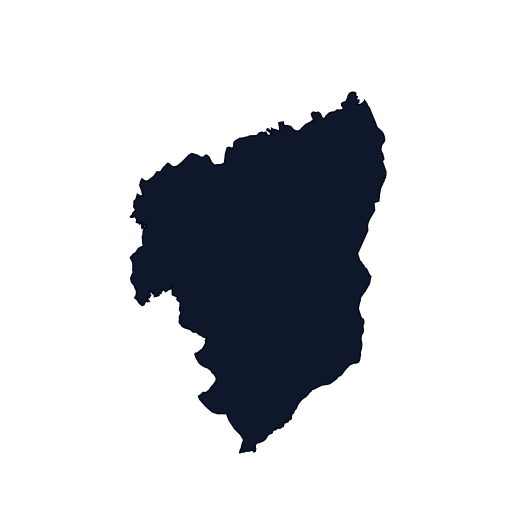 outline of Dalboset, Caras-Severin, Romania, rotated 22°
{"feature_id": "2599482B18493175131384", "entity_name": "Dalboset", "entity_type": "district", "adm_level": 2, "iso_a3": "ROU", "parent_name": "Romania", "parent_adm1": "Caras-Severin", "projection": "albers", "projection_center": [21.932, 44.818], "detail": "fine", "context": "isolated", "style": "filled", "palette": "ink", "viewbox_px": 512, "rotation_deg": 22, "n_neighbors": 0, "source": "geoboundaries", "source_scale": "gbopen_adm2", "svg_char_len": 6111}
<svg xmlns="http://www.w3.org/2000/svg" viewBox="0 0 512 512"><g transform="rotate(22 256 256)"><path d="M236.5,368.8L236.1,369.7L238.5,372.6L243.4,376.4L246.3,377.4L250.0,377.9L253.1,377.8L255.5,378.4L257.6,379.1L259.0,380.5L261.3,381.1L264.8,383.7L265.8,386.5L264.6,392.1L263.5,394.7L263.1,397.5L260.9,401.3L259.3,402.1L258.1,402.3L256.7,405.7L255.2,407.5L257.7,410.0L265.4,413.9L273.9,416.9L279.5,416.5L287.7,413.1L292.9,418.6L301.2,424.2L308.6,427.3L313.6,431.1L313.6,435.1L314.4,439.6L314.2,441.9L314.5,444.4L314.8,444.5L315.9,443.2L317.8,442.5L319.6,440.8L321.0,440.1L322.5,439.6L325.3,437.1L327.4,438.4L328.4,437.3L327.9,436.0L328.1,435.1L327.3,434.4L326.5,432.8L326.1,431.3L326.9,428.9L329.2,427.3L331.5,425.1L332.6,423.6L333.3,422.0L334.0,417.7L335.3,415.5L336.7,414.7L337.2,413.7L336.9,412.5L337.2,411.5L338.1,410.3L339.0,409.9L339.7,408.9L339.7,407.7L342.8,406.7L344.0,404.5L345.0,404.0L344.7,400.3L347.7,397.7L347.7,395.8L349.4,394.3L349.5,393.5L348.5,390.6L348.5,389.4L349.2,388.1L349.5,386.2L349.3,384.7L349.8,383.3L350.1,383.0L350.4,381.2L350.2,378.8L350.7,376.4L351.4,373.6L352.9,370.3L355.0,367.4L355.1,366.1L356.0,365.2L356.2,363.1L357.8,360.0L357.8,358.7L359.6,357.5L365.1,351.1L368.3,349.3L368.4,348.9L370.3,348.1L372.3,346.6L376.6,339.6L376.9,337.8L377.5,336.2L378.5,335.8L379.7,333.8L381.1,328.1L383.5,321.8L386.6,318.8L389.4,317.3L390.8,315.7L390.8,313.3L390.2,310.7L389.9,310.2L390.0,308.9L388.6,306.4L388.4,303.6L387.8,300.4L387.0,298.0L384.6,294.2L383.8,292.2L383.3,289.6L383.8,287.3L383.6,285.6L382.6,283.2L381.4,281.4L381.0,279.5L381.1,278.5L380.7,276.8L380.0,275.5L378.8,274.4L377.0,274.3L372.9,269.6L370.5,266.5L369.5,262.0L369.1,257.5L368.3,255.9L369.5,250.0L370.4,247.4L370.3,247.1L371.4,239.7L371.1,237.1L370.3,233.9L370.3,232.2L367.9,230.9L363.4,226.7L362.4,226.3L361.4,226.4L360.7,226.0L359.4,224.4L358.0,224.0L355.4,222.0L353.5,221.5L352.0,219.1L350.9,218.1L349.1,215.7L350.0,190.5L347.7,185.8L347.3,182.8L347.5,178.1L348.8,169.3L345.2,162.3L349.2,159.0L347.5,153.3L346.2,147.6L346.0,144.8L346.3,142.1L346.1,141.5L346.5,138.0L346.0,135.5L346.5,135.2L346.5,134.4L346.0,133.4L346.0,132.6L345.5,130.8L344.6,128.9L337.4,120.7L338.2,118.2L334.9,113.7L334.2,113.3L332.3,111.5L331.3,108.8L330.9,106.6L331.0,104.9L331.5,103.5L332.0,101.2L331.4,99.4L330.1,97.4L328.3,95.2L326.2,93.7L320.3,91.6L319.4,90.9L316.3,87.3L308.5,79.5L306.8,77.5L305.2,76.1L302.9,74.8L301.5,73.1L298.4,71.2L298.5,72.2L297.0,75.1L296.0,76.4L293.0,77.9L292.4,77.3L293.5,75.0L293.4,74.1L293.0,72.9L291.4,73.6L290.6,73.3L290.0,72.7L290.3,70.5L288.8,70.4L288.2,69.9L287.6,68.0L287.2,67.5L285.7,67.5L283.6,68.2L281.9,70.2L281.4,72.9L281.8,74.7L281.6,78.9L280.7,80.0L279.1,81.2L278.3,82.6L279.0,84.2L282.4,86.2L280.4,88.7L278.5,89.7L276.6,90.1L274.9,93.0L272.3,94.4L270.5,95.9L268.5,100.0L268.5,102.1L267.4,103.3L265.8,103.3L262.2,100.0L259.6,99.4L258.4,100.8L256.8,100.8L255.0,101.3L254.1,103.2L255.3,105.1L256.2,106.0L258.4,107.7L256.5,111.5L253.2,115.0L250.9,119.8L249.8,122.9L248.2,124.4L246.3,125.1L243.6,125.1L239.8,123.0L236.3,123.4L233.2,124.7L230.9,121.6L227.3,123.9L230.7,129.6L231.1,131.4L230.9,131.9L229.2,131.6L226.6,131.7L224.3,132.2L222.7,131.9L223.5,133.5L223.0,134.4L222.3,134.7L219.5,133.6L219.0,133.7L218.8,135.0L222.4,135.9L223.9,137.0L224.6,138.3L220.9,140.2L220.4,138.9L218.8,137.5L216.7,139.1L215.2,139.0L213.1,140.5L211.9,143.8L210.8,144.6L205.2,147.1L203.6,148.9L201.3,150.3L199.5,151.9L197.0,152.9L194.3,156.3L193.2,158.1L193.3,160.1L194.2,161.9L194.4,163.9L193.5,165.2L190.3,165.3L188.8,166.5L189.5,172.7L191.9,181.2L191.2,182.7L189.2,184.5L185.0,186.4L183.6,187.5L181.0,186.6L179.1,185.4L175.3,181.9L173.0,181.1L171.7,181.2L170.9,182.7L170.8,184.0L167.6,185.2L163.8,184.5L158.1,185.1L156.2,187.5L152.3,196.9L149.3,202.3L146.4,204.3L144.2,204.4L140.8,203.1L139.6,203.1L138.8,204.5L138.2,206.7L137.2,208.3L136.6,210.8L136.4,212.7L135.9,213.9L132.6,215.2L131.6,220.2L127.3,227.4L125.1,228.0L123.7,228.0L121.4,227.2L121.2,231.2L122.0,232.7L122.3,233.9L121.8,234.0L125.6,238.1L127.2,240.6L128.4,241.5L128.6,241.8L126.7,243.7L122.9,243.3L123.2,244.7L123.5,248.6L123.3,249.3L122.5,250.5L122.6,251.6L123.2,252.5L124.2,256.1L126.4,257.6L126.9,258.3L127.1,259.1L125.9,261.9L125.9,264.5L124.9,266.4L125.3,267.0L127.4,266.1L128.8,264.3L130.1,265.6L131.3,266.2L132.0,267.4L132.3,269.1L132.6,269.5L134.6,269.2L135.9,269.9L136.5,268.4L138.3,267.7L138.7,268.4L137.8,268.9L137.8,269.3L139.5,272.2L139.6,272.8L140.1,273.1L140.7,272.4L140.7,271.7L140.3,269.2L141.9,267.6L142.4,267.6L142.4,268.7L142.1,269.5L142.3,270.0L142.1,275.1L143.3,278.3L143.4,280.6L145.7,285.3L147.6,288.5L147.9,289.6L146.5,290.4L144.6,292.6L144.1,293.6L143.7,295.3L143.8,296.5L143.1,297.9L142.9,299.0L141.6,300.0L141.2,301.8L140.1,304.4L142.1,306.3L143.0,306.8L145.1,309.9L147.3,315.6L148.3,316.5L148.1,321.9L148.2,323.6L150.3,326.7L154.5,329.1L155.7,330.9L157.3,332.1L158.4,333.2L159.8,337.2L159.6,337.5L159.2,340.2L161.9,340.9L166.0,343.8L166.9,343.8L169.0,344.5L170.4,343.1L170.4,340.1L171.4,339.1L172.7,338.8L172.9,338.2L173.8,338.1L172.9,337.3L172.1,337.1L170.4,335.1L170.8,334.2L172.4,334.9L172.6,334.4L172.4,333.7L173.1,332.2L173.0,331.9L171.5,331.1L171.1,330.3L171.5,329.5L171.4,329.1L170.7,328.6L170.7,328.4L171.5,327.8L172.0,327.7L173.2,328.4L173.5,329.3L174.0,329.6L174.3,329.2L174.4,328.2L175.5,328.4L175.7,329.7L177.0,331.0L177.1,331.6L178.2,330.7L178.8,330.7L179.3,330.0L180.8,328.9L179.9,327.1L180.2,326.6L181.9,326.3L181.5,325.2L181.9,324.3L181.7,323.6L182.4,321.8L184.5,322.5L184.9,322.3L185.4,322.8L186.5,321.6L187.2,320.2L189.7,318.0L189.5,316.3L190.6,317.8L193.0,323.2L199.4,323.5L198.8,324.9L198.9,325.7L199.5,326.2L202.9,327.4L203.7,328.4L203.7,329.4L204.3,330.3L205.1,334.1L205.7,335.0L207.1,335.9L207.8,336.8L207.9,341.8L208.7,342.6L209.1,343.6L209.4,345.6L210.1,346.6L212.4,347.8L213.7,348.8L216.5,349.2L222.2,348.7L226.5,350.1L228.6,349.0L229.6,348.8L230.2,349.0L230.7,349.6L233.2,349.7L233.2,350.2L233.9,349.9L237.3,350.8L241.0,350.3L240.8,353.2L242.0,355.4L241.8,359.0L241.3,361.9L241.0,362.9L239.8,364.5L238.2,367.4L237.4,368.5L236.5,368.8Z" fill="#0f172a" stroke="#020617" stroke-width="1.5"/></g></svg>